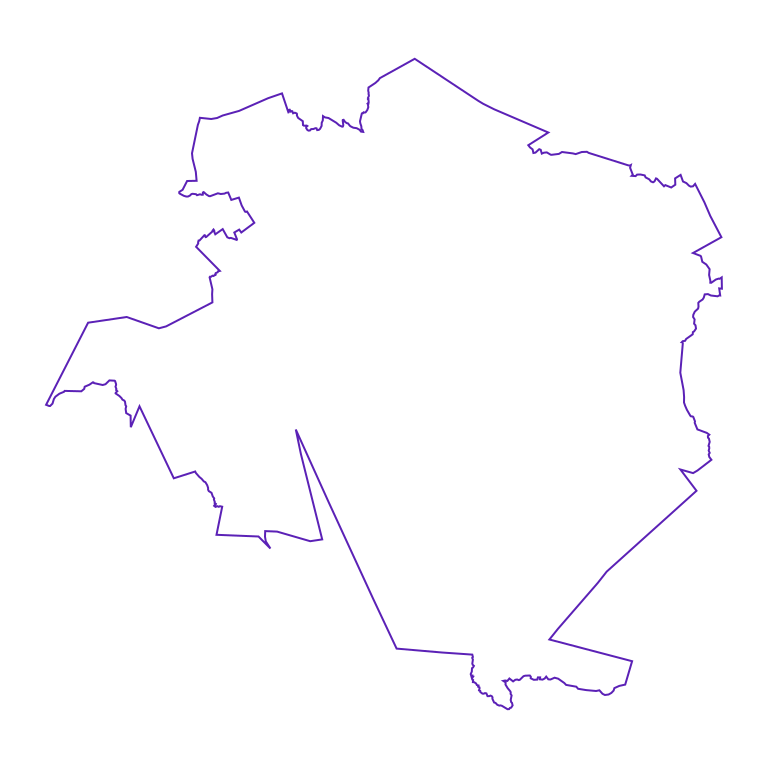 the district of Matamoros, Chihuahua, Mexico
{"feature_id": "50627088B2899062177537", "entity_name": "Matamoros", "entity_type": "district", "adm_level": 2, "iso_a3": "MEX", "parent_name": "Mexico", "parent_adm1": "Chihuahua", "projection": "orthographic", "projection_center": [-105.531, 26.712], "detail": "fine", "context": "isolated", "style": "outline", "palette": "violet", "viewbox_px": 768, "rotation_deg": 0, "n_neighbors": 0, "source": "geoboundaries", "source_scale": "gbopen_adm2", "svg_char_len": 6083}
<svg xmlns="http://www.w3.org/2000/svg" viewBox="0 0 768 768"><path d="M197.9,124.8L192.0,153.3L192.6,158.9L195.8,171.8L196.6,180.8L187.1,181.0L182.6,189.8L179.3,191.9L179.2,193.0L179.7,193.6L183.8,195.8L186.1,196.5L188.0,196.5L189.9,195.6L191.4,194.1L192.6,193.8L196.0,194.2L197.0,195.2L200.0,194.3L201.8,194.8L202.8,194.7L202.9,192.5L203.7,192.1L206.4,194.5L209.0,196.1L210.1,196.2L217.9,193.3L220.8,194.0L224.5,193.6L226.1,192.8L228.2,192.5L231.3,199.9L238.9,197.6L241.7,205.5L245.0,211.6L245.9,211.9L247.0,211.5L254.3,222.8L241.3,232.5L239.2,229.6L234.3,232.5L237.0,239.3L236.7,239.9L230.9,237.9L229.4,238.2L227.3,237.3L222.7,229.1L215.3,234.3L214.5,232.5L214.2,230.5L213.5,229.5L212.5,230.7L212.5,231.4L206.2,237.0L205.6,237.1L204.8,235.2L204.4,235.2L199.5,240.5L198.6,240.5L198.1,242.2L198.2,243.5L196.1,246.8L219.8,270.9L218.1,271.3L217.6,272.3L215.7,273.1L215.3,274.1L215.7,274.6L215.5,275.0L214.3,275.3L213.6,276.0L212.5,275.7L211.0,276.8L210.0,276.7L209.6,277.3L212.4,289.3L212.1,294.2L212.4,302.4L166.1,326.4L158.9,328.3L126.7,317.0L88.1,322.7L46.1,404.8L49.2,406.0L50.1,406.0L52.5,403.6L53.9,399.0L55.4,396.7L59.4,393.7L64.0,391.8L64.6,390.9L81.3,391.3L84.2,388.9L84.7,386.7L89.4,384.7L92.9,382.3L93.5,382.4L94.0,383.1L102.7,385.0L105.5,384.2L109.4,380.4L114.6,380.7L115.1,381.1L116.0,383.9L116.1,384.9L115.5,386.7L116.4,389.0L116.1,390.0L117.3,391.2L115.7,392.8L115.6,393.4L119.4,396.0L121.5,398.1L122.4,399.6L124.3,400.6L125.0,401.7L125.5,405.2L126.2,406.3L125.6,408.9L126.2,413.1L130.6,415.6L130.8,427.2L139.5,406.3L173.8,478.3L195.2,471.5L195.8,472.9L199.3,476.9L201.6,478.8L203.8,481.4L205.4,482.2L207.2,485.2L208.1,487.9L208.1,489.7L208.8,491.1L211.5,492.8L212.8,496.5L214.2,498.4L213.9,499.5L214.8,502.0L214.6,503.0L215.9,503.9L215.1,505.7L214.5,505.2L214.1,505.8L215.5,506.9L217.4,506.2L218.8,506.8L219.9,506.2L222.2,506.7L216.5,534.8L258.5,536.5L270.4,548.5L265.8,541.4L265.0,536.7L265.2,531.1L277.1,531.6L310.2,541.2L322.2,539.4L300.9,454.0L295.8,429.5L328.8,502.5L373.2,598.9L396.6,648.6L441.9,652.5L472.3,654.6L472.9,657.0L472.2,657.9L472.9,659.6L472.3,663.6L472.7,664.8L473.9,665.9L473.0,667.5L472.0,668.2L471.8,671.6L470.7,674.1L471.2,675.5L472.3,675.5L472.2,676.2L473.2,676.5L472.5,677.6L471.6,677.1L472.3,679.6L473.1,680.0L472.9,682.1L474.2,682.2L476.1,683.5L476.8,685.0L478.5,685.5L478.1,686.7L479.4,687.3L479.6,688.1L479.0,690.4L480.2,690.9L480.3,692.0L480.7,692.3L482.4,693.6L483.7,693.7L485.0,693.1L486.4,693.4L487.5,696.1L489.3,696.1L490.5,695.6L491.8,696.2L492.5,697.3L492.4,698.8L494.1,702.5L495.5,702.9L497.3,704.8L499.3,705.6L500.5,705.4L501.9,705.8L507.5,709.2L509.1,709.1L509.9,708.0L511.2,707.6L512.6,705.4L512.0,702.9L511.2,702.1L510.7,700.0L511.6,695.4L510.6,693.9L510.7,692.2L510.2,691.2L507.7,688.2L505.5,684.6L505.6,682.4L503.3,680.9L505.1,680.5L507.4,680.9L509.4,678.5L513.1,681.4L515.3,679.8L517.1,679.5L518.8,680.1L519.8,679.8L523.5,676.2L525.2,675.7L529.8,675.5L530.8,676.7L530.7,678.3L533.8,679.8L537.2,679.6L537.9,677.4L540.1,677.4L539.8,679.3L542.6,679.6L544.7,678.5L546.2,676.6L548.3,679.3L548.9,679.4L550.5,679.5L554.6,677.7L558.2,678.7L564.3,683.0L566.1,684.9L576.3,686.7L578.1,688.8L586.2,690.1L596.1,691.0L599.4,690.3L602.5,693.8L604.9,695.0L608.6,694.5L611.4,692.9L613.6,690.6L614.4,688.1L619.3,685.9L625.2,684.6L632.1,661.2L549.4,639.5L557.9,628.9L597.8,582.9L606.7,571.6L696.5,490.8L680.4,469.5L693.1,473.1L697.5,470.5L711.4,459.8L709.3,457.0L708.7,454.4L709.7,452.9L708.7,450.6L709.3,448.2L709.1,446.5L708.5,445.9L709.7,441.9L708.9,438.5L708.0,437.7L707.9,436.5L707.9,436.0L709.3,434.7L706.8,432.9L697.4,429.4L694.7,422.8L695.0,421.4L693.3,417.0L692.7,416.5L690.9,416.3L690.3,415.7L686.9,409.8L685.1,405.7L684.0,402.5L684.1,397.1L683.6,390.1L680.3,372.7L682.8,343.5L682.5,342.3L681.8,342.2L682.7,341.2L685.1,340.8L686.2,338.9L692.7,334.3L692.9,332.1L694.1,331.4L696.0,328.6L695.5,325.3L694.1,323.7L694.6,319.4L693.1,317.0L693.3,314.8L694.8,311.6L698.1,308.6L698.5,306.6L698.3,302.9L699.2,301.8L702.6,299.5L703.8,297.6L704.7,294.4L707.9,294.1L710.9,295.5L717.6,296.3L719.2,295.4L720.2,295.5L719.2,288.4L721.9,288.7L721.7,277.4L719.6,278.8L718.7,278.6L715.9,279.5L711.2,282.8L710.3,282.7L710.4,280.9L709.1,275.0L709.6,269.2L706.3,264.5L702.3,261.8L701.1,256.7L700.6,255.9L693.0,253.0L721.4,237.2L710.3,216.0L704.4,202.3L695.1,183.9L693.0,186.3L690.7,186.6L689.0,185.7L686.4,183.1L683.0,181.5L680.6,174.9L675.1,178.4L675.3,184.7L671.2,187.5L665.3,185.1L664.0,186.3L657.0,178.8L656.0,178.4L654.6,181.2L653.4,182.2L652.7,182.2L650.9,181.4L649.2,179.3L645.6,177.4L644.7,175.4L640.5,174.5L637.1,174.6L635.6,176.1L631.7,175.8L632.8,174.7L630.1,167.8L630.8,165.1L630.1,165.5L628.4,165.4L588.7,152.9L586.9,151.8L581.8,152.0L575.7,154.1L572.8,153.4L562.0,152.0L558.9,153.9L551.6,154.8L550.7,154.7L546.8,152.4L543.9,152.7L541.8,153.6L540.7,149.8L539.2,149.2L535.5,152.6L533.4,153.0L532.6,149.4L530.0,147.4L528.3,145.2L548.3,132.5L494.2,109.3L483.2,103.8L478.4,100.9L414.7,58.8L379.9,78.1L378.4,80.2L375.3,83.0L368.5,87.5L368.2,90.7L368.7,92.9L368.5,94.0L368.9,95.1L368.8,96.2L367.9,98.1L368.4,98.8L368.0,99.4L368.5,100.0L368.7,102.3L367.6,103.6L368.4,104.0L368.0,104.9L368.3,107.2L367.3,110.0L365.7,112.2L364.9,112.6L363.6,112.3L363.0,113.2L362.3,113.1L361.8,113.6L360.0,121.2L360.3,123.3L361.3,126.2L361.5,128.9L362.6,130.1L363.2,131.9L361.0,131.6L359.6,129.8L356.7,128.2L353.3,127.7L350.9,126.5L349.9,125.8L348.0,123.4L346.7,123.1L345.1,121.9L343.6,119.8L342.8,120.0L342.7,120.5L343.3,125.1L342.9,126.5L342.2,126.7L339.2,125.3L336.2,122.7L328.5,118.0L325.0,117.4L323.0,116.1L322.8,120.4L321.7,122.8L321.6,125.9L320.1,128.8L318.8,129.9L317.2,130.1L316.5,128.3L315.4,128.2L313.4,129.0L311.2,129.1L309.9,130.5L308.5,130.6L307.4,130.0L306.2,128.2L306.2,126.9L307.3,126.0L306.7,125.6L304.0,125.7L303.0,125.1L302.8,121.2L298.1,117.9L296.9,115.5L297.0,114.0L296.6,113.4L294.8,112.7L293.1,113.3L292.3,111.2L291.6,111.1L290.9,111.6L289.7,109.7L289.1,109.9L288.7,112.3L288.4,112.4L282.0,93.4L268.1,98.2L239.1,110.9L222.7,115.5L217.1,118.0L211.2,119.0L199.9,117.8L199.2,121.2L197.9,124.8Z" fill="none" stroke="#5b21b6" stroke-width="2"/></svg>